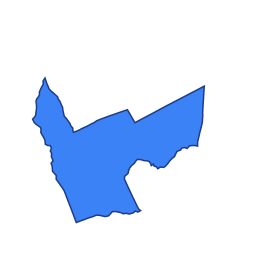 the district of Criciúma, Santa Catarina, Brazil, rotated 245°
{"feature_id": "56859067B24014053449372", "entity_name": "Criciúma", "entity_type": "district", "adm_level": 2, "iso_a3": "BRA", "parent_name": "Brazil", "parent_adm1": "Santa Catarina", "projection": "orthographic", "projection_center": [-49.374, -28.744], "detail": "fine", "context": "isolated", "style": "filled", "palette": "blue", "viewbox_px": 256, "rotation_deg": 245, "n_neighbors": 0, "source": "geoboundaries", "source_scale": "gbopen_adm2", "svg_char_len": 2014}
<svg xmlns="http://www.w3.org/2000/svg" viewBox="0 0 256 256"><g transform="rotate(245 128 128)"><path d="M133.7,214.8L132.0,176.2L131.8,171.8L131.6,167.8L131.4,164.3L131.1,160.1L130.5,148.0L129.9,136.5L144.8,135.2L145.5,128.8L146.3,120.9L147.0,114.2L147.3,110.0L147.6,106.1L147.8,102.6L147.2,99.7L147.2,96.3L147.0,93.2L146.9,90.9L147.0,86.1L146.8,83.0L146.8,80.5L147.1,76.8L149.1,77.0L151.3,77.9L154.0,77.1L156.6,77.3L159.3,76.8L162.5,76.2L165.6,75.2L168.9,75.9L171.7,76.5L174.2,77.4L177.8,77.4L181.1,77.6L183.7,77.0L185.9,77.4L191.0,75.3L193.7,74.0L196.8,73.0L200.0,73.2L202.1,73.2L208.4,73.9L206.5,70.9L203.4,69.6L202.1,67.7L200.0,65.0L197.9,62.8L195.5,61.8L194.0,59.7L192.9,57.5L191.1,55.9L187.3,54.7L183.9,53.1L181.2,51.2L178.9,50.0L177.5,48.2L176.4,45.3L172.7,45.3L169.9,46.4L167.6,47.8L165.4,49.0L162.8,48.3L160.9,47.1L157.5,47.3L154.5,47.6L151.8,47.5L148.2,46.2L146.0,47.9L145.0,50.0L142.1,50.1L140.1,47.9L137.5,48.1L134.3,46.4L131.9,46.4L129.8,46.1L128.6,43.4L125.0,43.0L122.7,42.1L120.6,41.3L118.3,42.0L115.2,42.9L112.0,41.3L101.4,43.2L98.4,43.6L95.8,43.5L90.6,43.1L85.0,42.7L81.8,42.5L77.2,42.2L70.8,41.7L68.1,41.5L64.2,41.2L63.1,54.8L62.5,58.9L62.4,62.6L60.8,65.4L59.2,67.5L57.3,69.9L56.6,73.4L57.6,75.6L58.8,78.5L57.2,82.1L55.7,83.9L54.4,85.7L52.3,87.4L51.5,90.3L49.5,92.7L48.9,96.9L49.6,99.7L47.6,101.4L47.8,104.5L50.3,103.3L52.9,103.3L56.0,103.2L58.2,103.2L60.3,103.2L62.6,103.1L69.9,103.1L73.5,103.1L76.2,103.1L83.2,103.2L85.6,104.5L86.8,108.8L89.2,110.7L91.1,112.7L92.6,115.8L93.2,118.6L94.5,120.7L95.6,123.1L93.9,126.3L91.6,128.8L90.1,131.6L88.5,133.1L86.2,133.5L84.1,133.2L84.5,135.8L82.4,135.6L81.0,137.3L78.5,137.8L78.9,140.9L77.2,143.7L77.6,146.0L78.9,148.9L80.4,151.6L81.8,155.1L82.4,158.0L84.3,160.2L86.1,162.6L85.8,166.3L87.1,168.3L86.3,171.2L84.5,172.8L85.8,176.1L85.0,178.7L84.0,181.0L82.2,183.4L85.8,185.1L88.1,186.9L94.6,192.0L96.2,193.4L97.8,194.7L102.1,198.0L104.2,199.1L107.1,200.7L110.5,202.2L131.0,213.3L133.7,214.8Z" fill="#3b82f6" stroke="#1e3a8a" stroke-width="1.5"/></g></svg>